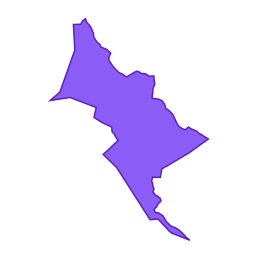 outline of São Miguel, Rio Grande do Norte, Brazil, rotated 99°
{"feature_id": "56859067B85156148538476", "entity_name": "São Miguel", "entity_type": "district", "adm_level": 2, "iso_a3": "BRA", "parent_name": "Brazil", "parent_adm1": "Rio Grande do Norte", "projection": "mercator", "projection_center": [-38.467, -6.213], "detail": "fine", "context": "isolated", "style": "filled", "palette": "violet", "viewbox_px": 256, "rotation_deg": 99, "n_neighbors": 0, "source": "geoboundaries", "source_scale": "gbopen_adm2", "svg_char_len": 1327}
<svg xmlns="http://www.w3.org/2000/svg" viewBox="0 0 256 256"><g transform="rotate(99 128 128)"><path d="M34.3,198.1L59.3,192.7L103.2,200.9L113.0,209.1L106.9,190.1L112.7,162.6L122.9,163.2L126.5,155.0L129.6,144.3L134.3,143.1L136.0,140.7L139.7,138.0L141.8,135.8L154.2,145.3L157.9,148.4L160.0,145.6L168.8,133.0L215.1,91.9L213.2,84.1L223.6,70.9L225.1,67.9L229.2,49.3L227.0,53.2L223.1,58.2L221.0,61.4L219.9,63.7L218.6,67.9L218.0,70.5L214.4,75.6L209.4,79.6L207.1,84.5L207.0,88.0L204.1,89.5L201.4,87.3L198.7,86.7L194.9,84.0L192.2,85.4L190.7,88.3L189.6,90.8L187.1,93.4L184.1,92.8L181.3,94.5L178.9,95.0L176.7,96.4L172.8,96.0L171.7,88.4L163.1,88.2L155.7,79.1L148.3,70.2L146.5,68.1L143.3,64.1L132.8,53.5L126.3,46.9L124.2,52.1L122.9,54.3L122.4,57.0L120.7,59.0L119.8,61.9L119.0,65.4L117.6,68.4L120.8,71.1L120.0,74.8L118.1,78.4L115.7,80.5L107.9,85.6L104.3,90.2L102.8,93.7L98.7,95.6L95.9,98.5L94.7,102.2L94.9,105.9L94.6,109.0L88.6,109.1L85.4,109.5L80.1,108.4L77.1,109.6L72.5,110.6L73.6,114.9L71.7,119.2L72.0,123.7L70.8,126.0L70.6,128.6L77.9,137.6L75.8,141.5L74.7,145.6L71.4,150.3L68.2,153.7L65.0,156.7L62.6,158.0L59.6,157.6L56.8,156.8L53.7,161.3L52.3,167.3L49.6,169.1L48.3,171.8L43.8,175.9L39.9,177.0L35.1,179.8L32.6,182.1L29.8,185.6L26.8,187.0L29.1,189.5L32.9,191.0L34.3,198.1Z" fill="#8b5cf6" stroke="#5b21b6" stroke-width="1.5"/></g></svg>